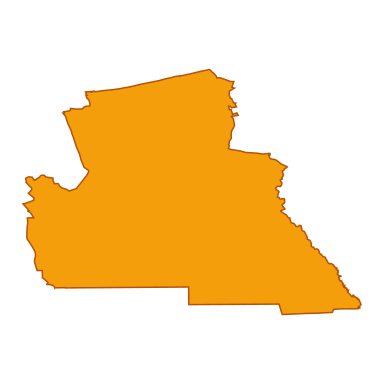 outline of Gaviezes pag., Grobinas, Latvia
{"feature_id": "27541924B56767178281632", "entity_name": "Gaviezes pag.", "entity_type": "district", "adm_level": 2, "iso_a3": "LVA", "parent_name": "Latvia", "parent_adm1": "Grobinas", "projection": "natural_earth1", "projection_center": [21.351, 56.477], "detail": "fine", "context": "isolated", "style": "filled", "palette": "amber", "viewbox_px": 384, "rotation_deg": 0, "n_neighbors": 0, "source": "geoboundaries", "source_scale": "gbopen_adm2", "svg_char_len": 5848}
<svg xmlns="http://www.w3.org/2000/svg" viewBox="0 0 384 384"><path d="M238.1,115.3L236.9,112.9L232.5,114.3L232.5,113.8L231.1,109.6L229.3,109.8L228.6,106.1L230.1,106.4L231.6,107.7L236.5,106.9L235.5,105.2L235.1,104.3L235.3,103.4L235.6,103.2L233.5,102.8L231.6,98.6L230.4,98.2L229.2,95.1L229.2,93.6L229.4,91.1L234.4,88.1L233.5,87.9L231.9,87.0L233.8,81.5L232.6,81.6L230.3,81.4L222.6,78.6L220.6,77.9L218.8,77.8L217.0,78.0L216.1,75.9L213.9,73.5L212.0,71.9L210.5,70.3L209.4,69.5L198.7,71.8L192.6,73.3L180.1,76.0L180.1,75.8L174.6,76.6L171.5,77.6L166.4,78.6L158.6,80.7L141.4,84.1L135.0,85.7L126.4,87.6L126.3,87.4L118.7,88.9L112.4,89.7L103.7,90.6L96.0,91.6L94.9,91.7L94.5,91.1L93.7,91.2L92.7,91.3L92.7,91.9L91.9,92.0L91.3,92.3L90.9,92.2L90.7,91.6L91.4,91.6L91.7,91.4L85.5,92.0L86.6,94.7L87.0,95.1L85.9,95.2L86.8,98.1L88.8,100.0L89.1,100.7L89.5,102.1L90.2,104.9L89.3,106.0L86.1,106.3L84.3,106.9L82.3,108.9L76.2,109.1L70.5,108.4L70.4,110.3L67.9,111.2L63.7,111.7L64.3,112.8L64.4,113.1L62.9,113.1L65.7,116.6L66.0,118.0L68.1,124.1L68.9,125.8L71.4,131.2L71.9,133.7L73.1,136.6L75.4,143.7L76.7,147.5L79.4,153.8L81.1,160.0L84.0,167.2L88.5,170.4L88.8,171.1L88.0,173.2L86.5,175.7L76.6,188.3L76.1,188.7L71.1,190.3L70.2,190.7L68.8,190.9L66.5,189.3L62.0,188.0L59.7,186.2L58.4,183.9L58.0,183.6L54.6,183.7L54.3,183.6L53.0,180.5L53.0,178.1L45.5,176.9L44.3,175.2L41.2,175.4L40.3,175.9L39.9,176.7L38.9,177.6L35.4,179.8L35.1,180.2L34.3,180.3L34.2,179.8L32.8,178.5L32.4,177.3L28.7,176.8L25.6,178.3L25.8,179.7L26.3,181.1L26.4,181.5L26.0,182.2L27.5,183.8L28.6,185.3L31.8,188.2L31.6,189.9L30.3,191.4L28.3,193.3L34.0,197.9L33.7,200.3L25.0,203.5L23.0,203.9L29.0,210.5L27.8,211.1L27.9,211.4L29.7,212.1L30.8,213.1L33.7,217.8L27.3,217.9L27.7,222.9L27.1,227.9L26.8,236.4L26.9,237.9L27.1,238.8L27.5,239.6L29.8,242.7L33.7,249.2L34.8,251.3L35.1,252.3L35.5,254.4L35.5,255.4L35.4,256.5L34.6,259.8L34.5,261.4L34.8,263.0L37.1,270.5L40.3,270.5L42.2,270.7L42.5,277.3L42.3,277.6L47.9,282.3L47.7,282.6L47.7,283.4L47.3,283.9L46.7,284.2L46.9,284.5L48.6,284.5L50.4,284.6L50.5,284.8L51.4,285.0L52.9,285.6L54.1,286.4L54.8,288.0L55.0,287.6L55.6,287.8L64.7,287.7L65.3,287.9L188.6,287.0L188.8,304.6L279.0,304.1L282.2,314.5L307.4,313.4L317.2,313.2L332.4,312.4L333.6,309.3L340.0,308.9L357.4,308.8L358.1,308.7L357.8,308.0L357.9,307.7L358.1,307.5L358.5,307.5L359.4,308.1L359.9,307.9L359.9,307.5L359.6,307.0L358.8,306.9L358.5,306.8L358.6,306.6L359.9,305.9L360.8,304.8L361.0,304.3L360.7,303.8L360.5,302.9L360.0,301.9L359.5,301.4L359.4,300.3L359.2,300.0L358.2,299.6L358.6,299.4L358.6,299.2L357.2,298.2L357.1,297.9L356.2,297.8L355.8,297.1L355.7,297.0L354.1,296.9L353.9,296.5L354.0,295.7L353.5,295.2L352.9,295.2L352.4,296.0L352.1,296.7L351.9,296.7L351.6,296.6L351.2,295.9L350.2,294.6L347.6,292.2L347.6,291.6L348.2,291.3L348.3,291.0L348.3,290.9L347.5,291.0L347.3,290.7L348.2,290.1L347.5,290.0L346.7,289.5L346.6,288.8L346.9,288.7L346.4,288.0L346.0,287.8L345.7,288.1L345.3,288.0L344.0,287.3L343.7,286.9L344.1,286.7L344.4,286.8L344.7,286.7L344.5,286.4L344.5,286.1L344.7,285.8L344.8,285.3L344.3,285.3L344.2,285.5L343.6,285.8L343.2,285.5L342.5,284.3L343.1,284.1L343.2,283.8L342.9,283.1L342.5,282.8L341.8,281.9L341.7,281.5L341.3,281.2L341.4,280.9L341.1,280.9L340.5,281.1L340.2,281.1L340.2,280.5L339.0,279.4L338.9,279.0L339.0,278.7L339.5,278.2L338.7,277.4L338.8,276.8L339.1,276.6L340.1,276.3L340.9,276.3L341.0,276.1L340.7,275.9L339.4,275.8L338.4,275.2L337.5,274.5L337.6,274.1L337.4,274.0L338.2,272.9L337.6,272.5L337.6,272.4L337.8,271.7L338.1,271.5L338.1,271.2L337.9,270.8L338.2,270.4L338.0,270.2L336.9,269.9L336.3,269.2L336.1,268.9L336.7,268.5L335.9,267.9L336.2,267.7L335.2,267.3L334.6,266.9L334.4,266.6L333.9,266.4L333.7,265.9L333.9,265.6L333.9,265.4L332.7,264.4L330.7,263.4L330.3,263.8L330.1,263.8L328.6,263.3L328.3,263.1L325.0,257.1L322.9,256.7L322.5,255.8L320.9,254.3L320.8,254.0L320.2,253.7L319.3,252.9L319.1,251.3L318.3,249.6L316.7,248.9L315.8,249.0L314.9,249.4L314.7,249.3L314.4,248.9L313.8,247.3L313.5,247.1L312.4,247.1L311.4,246.4L311.2,245.7L311.4,244.3L311.4,243.9L310.9,242.3L310.3,240.9L309.3,240.0L307.7,239.5L307.3,239.2L307.1,236.7L306.7,236.2L304.6,231.9L304.3,231.5L303.8,231.2L302.7,231.0L302.0,230.4L301.1,225.9L300.2,225.7L299.7,225.3L299.3,225.4L298.3,226.3L297.7,226.5L296.6,226.6L296.0,226.3L295.0,224.7L293.9,223.4L293.2,223.1L291.9,223.1L291.0,222.4L290.6,221.2L290.1,220.2L289.9,218.7L290.0,218.1L289.8,217.9L289.4,217.7L288.6,217.8L288.3,217.6L287.5,216.8L286.7,215.3L286.1,214.6L283.9,213.6L280.8,211.2L280.7,211.0L281.5,210.5L283.5,209.5L284.6,209.3L284.9,208.9L282.7,206.3L282.5,205.8L282.2,205.5L282.1,205.1L282.5,204.5L284.1,203.2L284.5,202.8L284.7,201.7L284.6,200.3L284.4,199.6L284.6,199.4L284.2,198.8L283.8,198.6L280.6,199.0L280.0,198.9L279.5,198.7L279.3,197.9L279.0,197.4L278.1,197.3L277.5,197.1L277.5,196.5L278.0,194.6L278.2,194.0L278.5,192.7L278.9,192.2L279.0,191.8L278.1,190.8L276.4,189.7L276.2,189.2L275.6,188.5L275.6,188.1L275.7,187.8L276.8,187.0L277.3,186.4L278.6,186.2L280.0,186.6L280.5,186.4L281.0,185.9L281.5,185.1L281.8,183.7L281.9,182.7L281.7,182.4L280.8,181.6L280.2,179.9L280.6,179.6L282.1,179.2L282.1,178.4L281.7,177.8L281.7,177.6L282.1,177.4L282.9,176.4L283.5,174.8L283.2,174.2L282.9,173.1L282.3,172.7L282.4,171.1L282.8,170.8L283.4,170.7L283.9,170.2L284.3,169.2L284.6,168.9L285.8,168.0L286.1,168.0L287.3,166.8L281.0,163.9L277.6,161.1L276.5,160.4L275.1,159.6L274.0,159.3L272.2,159.3L270.6,158.7L269.5,157.5L269.0,156.0L268.7,155.5L268.7,155.0L270.1,154.9L270.0,153.5L269.3,153.5L268.9,153.3L267.1,153.7L263.0,154.0L260.1,153.7L257.7,153.2L247.1,152.5L246.3,152.6L240.5,151.0L230.6,149.4L228.5,148.7L229.0,146.7L229.2,145.6L228.9,144.8L228.7,144.5L229.2,143.5L229.3,141.2L230.7,139.4L231.2,138.4L231.2,134.2L231.4,131.9L232.1,130.1L233.3,128.0L234.6,125.3L233.8,121.6L233.5,119.4L232.9,118.1L231.4,116.5L238.1,115.3Z" fill="#f59e0b" stroke="#b45309" stroke-width="1.5"/></svg>